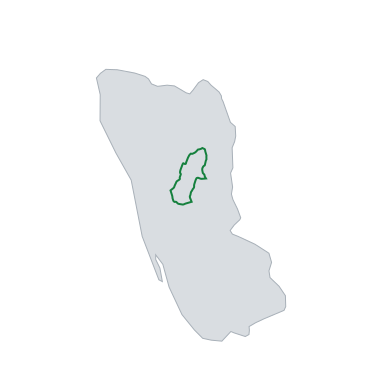 Cuscatlán on a map of El Salvador (orthographic projection), rotated 53°
{"feature_id": "SLV-1345", "entity_name": "Cuscatlán", "entity_type": "Department", "adm_level": 1, "iso_a3": "SLV", "parent_name": "El Salvador", "parent_adm1": "", "projection": "orthographic", "projection_center": [-89.024, 13.859], "detail": "fine", "context": "in_parent", "style": "outline", "palette": "green", "viewbox_px": 384, "rotation_deg": 53, "n_neighbors": 0, "source": "natural_earth", "source_scale": "10m", "svg_char_len": 2662}
<svg xmlns="http://www.w3.org/2000/svg" viewBox="0 0 384 384"><g transform="rotate(53 192 192)"><path d="M135.4,112.2L138.6,112.8L159.5,119.4L165.7,118.1L173.6,123.4L177.4,127.6L180.8,133.3L197.3,144.8L200.1,149.8L212.5,156.6L217.4,161.8L222.7,163.9L233.0,165.9L241.9,168.6L242.9,170.5L243.8,178.2L245.7,184.7L249.9,185.1L255.0,182.0L271.5,173.2L287.2,167.4L296.1,170.8L301.3,178.0L307.3,181.2L319.7,179.2L331.0,179.8L339.9,186.1L341.9,189.7L336.6,210.8L334.7,219.8L333.8,227.4L337.0,229.4L340.1,232.3L339.5,236.4L329.8,243.2L326.8,244.9L329.1,257.9L321.9,265.8L315.3,271.5L303.6,273.1L283.9,273.8L254.1,267.5L232.2,258.8L220.3,258.8L224.1,261.6L233.4,263.4L245.7,269.6L242.2,271.3L197.5,258.5L145.9,233.4L115.1,229.3L79.8,222.6L59.0,206.7L43.4,199.7L42.1,193.7L42.2,187.0L49.4,178.1L62.6,166.1L71.4,159.9L75.5,158.7L81.3,159.3L86.9,155.9L91.7,147.6L96.7,142.2L109.4,136.9L112.3,134.7L111.3,130.1L108.6,121.0L109.0,115.5L113.2,112.9L118.1,112.5L128.4,110.2L132.8,110.7L135.4,112.2Z" fill="#d9dde1" stroke="#a8b0b8" stroke-width="1"/><path d="M189.6,172.7L187.8,175.6L187.6,175.9L187.2,176.5L186.8,176.9L186.3,177.3L184.7,178.3L184.4,178.5L184.2,178.7L184.0,179.0L183.9,179.3L183.8,179.7L183.7,180.0L184.1,180.9L184.7,182.0L187.1,185.4L187.9,186.3L188.9,187.0L189.5,187.6L190.0,188.7L190.1,189.2L190.2,189.8L190.8,190.9L191.0,191.4L191.2,192.2L191.5,192.8L192.0,193.5L193.2,194.8L194.0,196.0L194.1,196.3L195.2,197.0L199.6,198.2L197.3,204.3L196.9,206.1L196.6,206.7L196.3,207.1L193.8,209.5L193.0,210.1L192.3,210.3L190.7,210.5L190.4,210.6L190.1,210.8L189.9,211.0L189.6,211.6L189.4,211.9L189.1,212.0L188.9,212.1L188.3,212.2L187.9,212.2L185.5,211.4L183.4,210.2L177.8,208.2L177.7,204.3L177.5,203.7L177.2,203.0L176.6,202.2L174.4,198.1L174.3,197.4L174.5,194.7L174.4,194.1L174.1,193.7L173.8,193.6L173.3,193.3L172.8,192.8L171.2,190.4L171.0,190.2L170.7,190.1L170.3,190.0L169.5,190.0L168.6,189.3L167.5,188.0L164.1,182.7L163.8,181.7L164.0,181.5L164.9,181.1L165.2,180.9L165.5,180.6L165.7,180.1L165.6,179.8L164.8,178.8L162.2,174.6L161.0,172.1L160.8,171.1L160.6,170.0L160.7,169.8L160.9,169.6L161.1,169.4L161.4,169.2L161.7,168.7L161.8,168.4L161.9,168.0L162.0,167.3L162.2,166.6L162.2,166.1L162.2,165.9L162.3,165.7L162.2,164.4L161.8,162.3L161.7,161.7L161.9,161.3L162.5,160.1L163.0,158.6L163.1,157.3L165.3,156.1L165.7,156.2L166.1,156.2L167.7,157.0L170.9,158.2L171.6,158.5L172.5,159.3L174.6,160.8L174.8,161.1L175.3,162.1L178.1,165.4L178.3,165.7L178.4,165.9L178.4,166.0L178.3,166.5L178.3,166.9L178.3,167.2L178.4,167.5L178.6,168.1L178.9,168.8L179.6,169.8L180.2,170.3L180.6,170.6L183.3,171.9L185.6,171.7L187.5,172.5L189.6,172.7Z" fill="none" stroke="#15803d" stroke-width="2"/></g></svg>